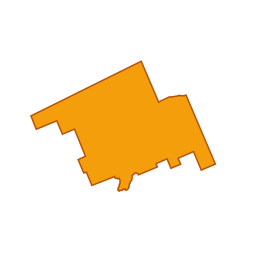 General Arenales, Buenos Aires, Argentina (Mercator projection), rotated 22°
{"feature_id": "61730980B49819801652443", "entity_name": "General Arenales", "entity_type": "district", "adm_level": 2, "iso_a3": "ARG", "parent_name": "Argentina", "parent_adm1": "Buenos Aires", "projection": "mercator", "projection_center": [-61.209, -34.239], "detail": "fine", "context": "isolated", "style": "filled", "palette": "amber", "viewbox_px": 256, "rotation_deg": 22, "n_neighbors": 0, "source": "geoboundaries", "source_scale": "gbopen_adm2", "svg_char_len": 3094}
<svg xmlns="http://www.w3.org/2000/svg" viewBox="0 0 256 256"><g transform="rotate(22 128 128)"><path d="M169.4,75.7L169.3,75.8L169.2,75.9L169.1,76.1L168.9,76.2L168.7,76.3L168.4,76.7L168.3,76.9L168.1,77.0L167.8,77.1L167.6,77.2L167.4,77.3L167.2,77.3L166.9,77.4L166.7,77.5L166.3,77.8L166.1,77.9L165.9,77.9L165.7,78.1L165.3,78.2L165.1,78.2L164.9,78.2L164.7,78.3L164.4,78.2L164.2,78.3L163.9,78.5L163.7,78.5L163.4,78.8L163.1,78.9L162.9,78.9L162.7,78.8L162.4,79.0L162.3,79.3L162.1,79.6L161.8,79.9L161.6,80.1L161.3,80.2L161.1,80.3L160.8,80.4L160.5,80.6L160.3,80.7L160.1,80.8L159.8,81.0L159.7,81.1L159.4,81.2L159.3,81.3L159.0,81.5L158.8,81.6L158.6,81.9L158.3,82.0L158.2,82.1L158.1,82.3L157.9,82.5L157.5,82.5L157.2,82.5L156.9,82.7L156.7,82.8L156.4,82.9L156.3,83.0L156.0,83.1L155.8,83.2L155.5,83.3L155.4,83.4L155.2,83.5L154.9,83.7L154.8,83.8L154.7,83.8L154.5,84.0L154.4,84.0L148.2,90.6L146.8,92.6L122.5,68.4L122.4,68.3L115.5,61.4L115.2,61.2L70.7,111.2L52.3,132.0L47.7,137.1L33.5,153.1L38.9,158.8L40.1,160.1L43.4,163.5L59.3,148.0L69.5,158.3L78.8,149.1L99.1,170.1L93.6,176.0L103.8,186.3L105.9,184.5L116.0,194.8L133.6,178.2L133.6,178.4L133.7,178.5L134.1,178.6L134.4,178.9L134.7,179.1L134.9,179.3L135.2,179.3L135.4,179.4L135.6,179.4L135.9,179.1L136.2,178.9L136.6,178.9L137.0,178.9L137.4,179.0L137.7,178.8L137.9,178.5L138.0,178.4L138.1,178.1L138.3,177.9L138.6,178.1L138.8,178.4L138.9,178.5L139.2,178.8L139.7,179.0L140.1,179.3L140.3,179.6L140.5,180.1L140.6,180.5L140.7,180.9L140.9,181.4L141.2,181.9L141.3,182.4L141.4,182.6L141.4,182.8L141.3,183.0L141.1,183.2L141.0,183.4L141.1,183.7L141.3,183.9L141.4,184.3L141.4,184.7L141.6,185.0L141.7,185.3L141.6,185.7L141.5,186.1L141.3,186.6L141.3,186.9L141.3,187.4L141.5,188.1L141.6,188.4L141.7,188.8L141.8,189.1L142.0,189.4L142.2,189.6L142.5,189.7L142.8,189.7L143.0,189.8L143.3,189.8L143.2,189.5L143.2,189.3L143.3,189.1L143.5,188.9L143.8,188.9L144.1,188.9L144.4,188.8L144.7,188.6L144.9,188.4L145.3,188.3L145.6,188.2L145.8,188.1L145.9,187.7L146.0,187.4L146.3,187.0L146.5,186.8L146.7,186.5L146.8,186.2L147.1,186.1L147.3,186.2L147.6,186.3L147.8,186.3L148.0,186.1L148.2,185.8L148.3,185.7L148.4,185.8L148.5,186.0L148.9,186.4L149.1,186.5L149.4,186.4L149.6,186.2L149.9,186.1L150.1,185.9L150.3,185.7L150.4,185.4L150.6,185.0L150.7,184.7L150.9,184.3L151.0,183.9L151.0,183.4L151.1,183.0L151.0,182.4L150.9,181.9L150.8,181.4L150.6,181.0L150.5,180.4L150.4,180.0L150.2,179.5L150.4,179.2L150.5,178.6L150.5,178.1L150.5,177.6L150.5,177.2L150.4,176.7L150.5,176.4L150.6,176.2L150.7,175.7L150.9,175.5L151.0,175.3L151.1,174.9L150.9,174.5L150.7,174.1L150.4,173.8L150.5,173.5L150.5,173.2L150.6,172.9L150.5,172.6L150.3,172.2L150.1,171.9L149.8,171.5L149.7,171.1L149.8,170.6L149.9,170.2L150.0,169.8L150.3,169.3L150.6,169.1L150.7,168.8L150.7,168.5L150.7,168.1L150.9,167.7L151.1,167.5L151.4,167.3L151.9,167.0L152.4,166.8L153.0,166.7L153.4,166.6L154.0,166.6L154.5,166.7L154.7,167.0L155.1,167.3L155.3,167.5L169.8,153.1L167.4,150.5L175.8,142.0L182.9,149.3L190.4,141.8L185.8,137.3L190.1,132.9L197.6,125.3L211.7,139.6L222.5,128.7L169.4,75.7Z" fill="#f59e0b" stroke="#b45309" stroke-width="1.5"/></g></svg>